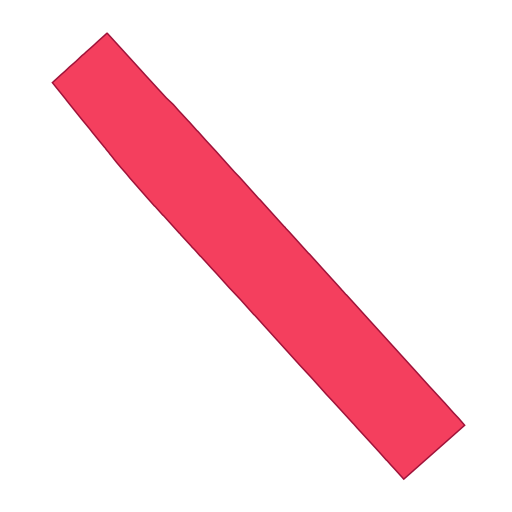 Melchor de Mencos, Petén, Guatemala, rotated 138°
{"feature_id": "79465075B26662084929959", "entity_name": "Melchor de Mencos", "entity_type": "district", "adm_level": 2, "iso_a3": "GTM", "parent_name": "Guatemala", "parent_adm1": "Petén", "projection": "natural_earth1", "projection_center": [-89.228, 17.318], "detail": "fine", "context": "isolated", "style": "filled", "palette": "rose", "viewbox_px": 512, "rotation_deg": 138, "n_neighbors": 0, "source": "geoboundaries", "source_scale": "gbopen_adm2", "svg_char_len": 1495}
<svg xmlns="http://www.w3.org/2000/svg" viewBox="0 0 512 512"><g transform="rotate(138 256 256)"><path d="M291.3,521.1L291.7,514.4L292.5,499.3L292.6,499.1L292.7,497.5L294.0,475.0L294.6,460.9L294.9,457.4L295.5,445.1L295.8,438.7L295.8,436.5L296.0,435.9L296.1,433.3L296.1,431.7L296.4,429.3L296.4,428.0L296.6,424.4L296.7,423.8L297.0,418.4L297.2,412.1L297.3,403.6L297.6,398.0L297.9,373.3L298.0,361.0L297.8,360.6L297.9,348.7L297.7,348.2L297.7,324.1L297.5,323.3L297.7,322.2L297.5,306.8L297.6,305.6L297.4,301.9L297.4,300.5L297.4,299.7L297.5,293.5L297.3,292.5L297.2,276.0L297.1,271.3L297.1,250.3L296.7,234.5L296.8,213.8L296.6,213.1L296.6,201.4L296.6,200.4L296.6,198.8L296.5,145.9L296.2,127.1L296.3,106.4L296.1,96.6L295.9,71.7L295.9,67.7L295.8,65.6L295.9,60.0L295.8,52.7L295.6,28.7L295.7,17.0L295.5,16.5L295.6,10.7L295.5,4.2L295.5,-8.7L214.2,-9.4L214.0,-0.6L214.2,7.7L214.1,19.3L214.4,44.2L214.4,61.9L214.7,132.9L214.8,166.6L215.0,167.2L214.9,173.0L215.1,173.5L214.9,174.4L215.0,203.8L215.0,222.0L215.2,222.4L215.2,251.7L215.4,256.9L215.2,257.6L215.4,259.4L215.4,282.2L215.4,289.7L215.4,295.7L215.6,296.6L215.5,324.8L215.8,333.0L215.7,360.7L215.9,376.0L215.8,387.7L216.0,388.7L215.9,400.3L216.0,402.1L216.2,415.9L216.2,416.3L216.1,423.8L216.9,433.5L217.2,465.0L217.2,466.2L217.2,470.4L217.3,490.7L217.5,521.0L217.8,521.3L228.3,521.3L237.1,521.2L246.3,521.3L248.0,521.2L251.2,521.4L259.4,521.1L268.0,521.3L274.3,521.1L279.0,521.2L291.3,521.1Z" fill="#f43f5e" stroke="#9f1239" stroke-width="1.5"/></g></svg>